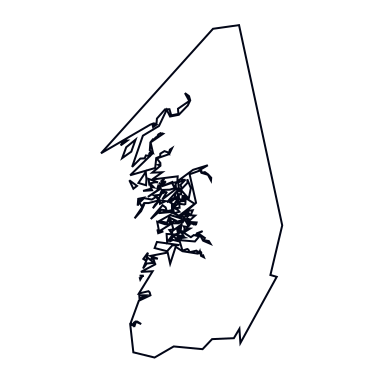 Kikori District, Gulf, Papua New Guinea (Robinson projection), rotated 82°
{"feature_id": "67681753B67388913989028", "entity_name": "Kikori District", "entity_type": "district", "adm_level": 2, "iso_a3": "PNG", "parent_name": "Papua New Guinea", "parent_adm1": "Gulf", "projection": "robinson", "projection_center": [144.53, -7.347], "detail": "fine", "context": "isolated", "style": "outline", "palette": "ink", "viewbox_px": 384, "rotation_deg": 82, "n_neighbors": 0, "source": "geoboundaries", "source_scale": "gbopen_adm2", "svg_char_len": 6198}
<svg xmlns="http://www.w3.org/2000/svg" viewBox="0 0 384 384"><g transform="rotate(82 192 192)"><path d="M237.6,107.3L33.3,122.2L33.3,148.5L141.0,276.7L119.5,224.0L118.7,220.4L119.6,217.7L114.4,216.5L106.4,207.2L106.9,202.8L113.2,201.9L112.8,194.6L107.6,194.3L101.5,182.0L93.1,185.2L96.7,181.6L101.0,181.0L105.7,184.1L113.7,194.3L114.2,203.2L107.0,205.6L122.0,215.5L129.4,232.8L158.8,247.8L151.7,238.5L152.1,234.2L149.4,232.6L150.4,229.0L148.4,229.1L147.5,228.5L148.1,225.7L144.9,228.0L137.1,226.3L134.3,223.3L134.7,221.7L133.8,221.4L132.7,219.8L132.5,217.8L131.2,218.1L130.2,217.1L129.4,215.0L130.4,214.4L129.8,213.4L130.3,212.4L137.1,226.1L148.0,225.2L166.8,250.9L163.1,225.1L153.4,222.7L152.4,218.6L149.6,218.0L147.7,213.6L149.2,210.7L150.9,209.2L149.3,209.0L147.0,208.0L145.9,205.7L151.3,209.3L153.9,222.2L158.8,219.3L161.6,219.6L167.3,228.7L168.3,218.7L174.1,229.7L174.5,204.0L179.4,205.0L170.2,187.9L167.7,172.6L171.3,181.3L172.4,179.8L174.3,179.7L174.1,176.5L176.7,173.7L180.6,171.0L183.2,171.6L177.2,173.8L174.3,180.0L171.8,180.8L174.1,191.9L203.3,189.5L212.6,203.9L210.1,197.5L210.2,193.8L214.1,196.2L214.1,200.7L215.8,192.2L221.0,200.1L222.8,191.7L224.6,192.5L224.8,193.1L221.8,200.0L224.0,198.8L225.1,199.8L225.8,202.1L224.9,205.0L226.5,204.4L229.7,205.1L227.2,201.9L227.9,198.9L230.4,204.6L229.2,208.2L236.6,199.4L234.9,196.2L236.6,192.0L235.8,190.7L235.5,191.9L234.8,193.0L234.2,193.3L233.6,192.9L232.2,186.9L234.5,192.9L235.8,189.5L239.3,185.7L241.2,187.4L242.9,182.2L245.9,180.9L241.8,187.7L236.1,190.0L241.4,196.0L237.4,213.4L233.1,216.4L238.0,221.3L236.8,217.5L239.4,211.0L248.7,209.6L247.8,204.6L248.5,203.7L251.3,202.7L250.7,195.8L251.3,195.2L253.5,194.9L253.5,193.7L251.8,193.1L251.6,192.4L253.1,191.3L256.3,191.6L256.2,189.8L258.3,189.3L256.5,191.9L251.9,192.4L253.6,193.3L253.8,195.0L249.3,209.7L244.0,215.8L260.0,223.6L248.6,224.5L249.5,242.0L253.3,235.1L251.6,242.0L253.6,239.4L258.5,238.5L264.0,253.7L265.0,242.0L285.1,258.7L284.2,248.9L285.5,247.9L288.5,247.5L292.3,259.8L312.9,270.8L316.1,268.6L313.4,267.7L312.4,265.9L312.7,264.2L315.7,260.7L312.7,265.5L316.7,267.6L314.6,271.6L342.6,272.4L350.7,252.1L342.4,231.6L349.1,203.4L340.5,192.6L342.6,170.9L334.1,164.1L348.3,165.1L287.8,119.9L285.1,125.9L237.6,107.3ZM242.8,211.9L236.6,233.7L242.3,236.8L247.2,224.9L242.1,218.9L242.8,211.9ZM204.1,191.0L197.1,199.1L203.0,200.3L203.3,201.3L201.9,206.2L205.9,206.5L205.6,211.6L207.9,208.4L209.8,207.2L210.6,213.2L213.7,208.1L204.1,191.0ZM188.0,192.6L178.7,194.9L182.2,195.1L188.3,202.7L198.2,196.2L188.0,192.6ZM186.8,207.4L183.7,207.2L185.8,208.6L186.6,213.7L185.8,221.4L190.3,224.1L190.2,230.0L193.6,225.4L187.1,220.7L187.0,220.1L187.4,219.7L188.7,220.0L188.1,218.7L188.9,217.8L188.2,216.7L195.1,222.3L186.8,207.4ZM172.9,235.3L165.7,235.0L175.6,243.8L178.9,236.6L172.9,235.3ZM226.4,230.1L220.8,217.4L220.3,222.9L216.6,230.6L226.4,230.1ZM196.9,236.5L195.7,226.2L191.8,228.1L193.9,232.8L191.4,240.3L195.2,245.6L199.4,243.6L196.3,240.9L196.9,236.5ZM148.7,256.4L143.6,246.5L132.3,240.6L138.5,250.9L148.7,256.4ZM203.6,220.3L201.0,223.0L213.0,236.6L205.3,224.8L206.7,219.7L203.6,220.3ZM209.0,212.8L200.6,213.5L207.1,214.3L208.3,228.0L209.0,212.8ZM203.9,245.1L197.3,240.8L210.1,252.5L203.9,245.1ZM178.3,245.6L171.7,252.4L180.6,249.6L178.3,245.6ZM230.0,223.0L238.2,223.6L231.3,216.7L230.0,223.0ZM184.3,222.5L182.3,222.6L185.3,225.5L190.7,236.4L184.3,222.5ZM182.2,221.5L180.3,211.3L179.1,209.1L182.2,221.5ZM183.3,202.4L178.8,196.7L180.6,204.4L187.5,204.5L189.1,206.9L186.6,201.7L183.3,202.4ZM256.9,239.5L250.8,245.1L260.9,251.1L256.5,246.7L256.9,239.5ZM219.0,221.0L211.7,216.9L216.2,228.5L219.0,221.0ZM227.2,215.5L222.6,206.8L221.0,207.0L220.2,208.1L221.2,209.5L220.2,216.4L227.2,215.5ZM195.1,209.9L190.4,208.4L198.7,218.3L195.1,209.9ZM216.8,206.1L213.9,205.9L215.2,209.0L212.1,216.2L216.8,206.1ZM173.0,233.2L179.7,233.2L178.1,232.6L177.6,231.8L177.2,227.2L177.7,224.3L173.0,233.2ZM184.1,240.3L184.7,231.3L183.0,231.8L184.1,240.3ZM180.3,210.5L185.2,208.8L180.1,205.9L180.3,210.5ZM224.9,200.3L224.0,199.2L222.5,200.4L220.7,200.4L219.1,199.5L218.4,201.1L219.2,202.0L218.7,202.8L224.9,200.3ZM199.4,230.3L202.7,233.0L196.2,225.8L199.4,230.3ZM199.2,208.1L196.0,209.3L199.2,215.2L201.9,211.5L199.7,209.6L200.4,207.2L199.2,208.1ZM199.8,201.5L196.8,200.0L198.4,203.1L197.3,205.5L196.1,205.8L199.5,207.8L199.8,201.5ZM219.5,213.1L220.9,209.6L219.8,208.4L220.8,205.5L218.3,203.3L219.5,213.1ZM251.1,246.0L246.0,244.1L251.5,249.5L253.5,247.2L251.1,246.0ZM182.1,229.1L178.1,232.0L181.1,232.1L182.1,229.1ZM235.3,206.1L230.3,208.2L232.1,216.5L233.1,210.8L235.3,209.3L234.0,209.2L233.8,208.8L234.6,206.6L235.3,206.1ZM228.8,208.7L223.3,207.1L227.5,211.1L228.8,208.7ZM131.6,252.6L135.9,256.1L132.1,248.9L131.6,252.6ZM178.3,223.5L181.6,220.2L177.8,216.5L179.8,221.8L178.3,223.5ZM197.4,219.4L195.8,225.0L199.2,225.3L197.4,219.4ZM205.1,212.7L201.1,206.6L199.9,209.5L205.1,212.7ZM219.5,216.6L217.7,212.5L214.4,217.6L219.5,216.6ZM192.8,203.2L189.1,202.4L189.6,206.8L192.4,206.5L192.8,203.2ZM230.5,211.6L229.3,209.6L228.3,211.3L226.0,212.0L230.5,211.6ZM287.0,258.6L290.4,258.8L287.9,252.3L287.0,258.6ZM226.5,219.7L230.2,217.8L226.4,216.0L226.5,219.7ZM180.8,224.4L184.6,226.2L181.3,223.4L180.8,224.4ZM191.3,246.2L197.9,247.7L193.3,244.9L191.0,241.4L191.3,246.2ZM119.7,221.7L122.2,221.5L120.6,218.3L119.7,221.7ZM195.6,205.7L192.8,205.5L195.9,208.8L197.5,207.3L195.6,205.7ZM236.1,213.7L236.1,205.5L234.1,208.8L235.6,209.3L234.1,212.1L236.1,213.7ZM212.9,205.4L216.9,203.4L213.2,200.7L212.9,205.4ZM194.5,201.8L198.1,202.8L195.6,198.8L194.5,201.8ZM224.3,231.5L228.1,231.2L227.0,225.9L226.8,229.9L224.3,231.5ZM217.8,203.3L219.0,202.1L218.2,201.4L218.4,198.0L217.8,203.3ZM217.4,218.4L220.7,218.4L219.6,216.9L217.4,218.4ZM177.0,220.9L178.7,220.7L175.1,217.7L177.0,220.9ZM267.6,255.6L268.3,252.3L268.0,252.3L267.6,255.6ZM212.5,200.7L213.9,197.4L211.7,198.6L212.5,200.7ZM214.6,201.0L216.3,200.2L215.4,199.3L214.6,201.0ZM186.6,206.9L188.1,206.2L186.4,205.1L186.6,206.9ZM223.9,194.9L222.5,193.2L223.6,195.0L223.9,194.9ZM178.3,200.4L179.4,199.9L178.7,198.9L178.3,200.4ZM160.4,221.6L161.3,220.1L160.2,219.9L160.4,221.6ZM270.0,255.6L271.5,255.4L269.9,254.1L270.0,255.6Z" fill="none" stroke="#020617" stroke-width="2"/></g></svg>